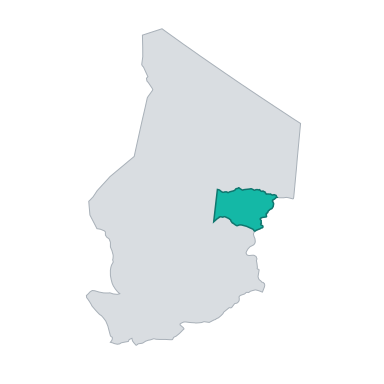 where Wadi Fira sits in Chad, rotated 6°
{"feature_id": "TCD-1473", "entity_name": "Wadi Fira", "entity_type": "Prefecture", "adm_level": 1, "iso_a3": "TCD", "parent_name": "Chad", "parent_adm1": "", "projection": "orthographic", "projection_center": [21.824, 14.959], "detail": "fine", "context": "in_parent", "style": "filled", "palette": "teal", "viewbox_px": 384, "rotation_deg": 6, "n_neighbors": 0, "source": "natural_earth", "source_scale": "10m", "svg_char_len": 6644}
<svg xmlns="http://www.w3.org/2000/svg" viewBox="0 0 384 384"><g transform="rotate(6 192 192)"><path d="M292.8,112.5L292.9,121.4L293.0,130.3L293.1,139.2L293.2,148.2L293.4,157.1L293.5,166.0L293.6,174.9L293.7,183.8L293.7,186.8L293.5,188.0L293.4,188.1L293.0,188.3L288.4,187.6L286.4,187.5L283.6,188.2L279.5,188.6L276.8,188.5L275.0,190.0L273.5,191.9L274.2,196.3L274.1,197.8L273.5,199.3L272.3,200.6L271.0,201.7L270.3,202.6L269.3,204.6L268.7,205.6L268.7,206.8L268.5,208.1L267.8,208.8L265.8,209.3L264.6,209.9L263.6,210.9L262.9,211.6L263.3,212.5L263.8,213.8L264.0,215.8L264.2,216.9L265.2,217.9L265.8,218.5L266.0,219.4L265.4,220.1L263.1,221.5L262.1,222.0L261.0,222.8L260.6,223.0L258.9,224.4L258.0,225.6L257.6,226.6L257.6,228.0L258.5,230.1L259.5,231.9L259.8,233.2L260.1,234.7L260.0,236.0L259.5,237.2L258.6,238.3L255.4,240.4L253.7,242.6L252.5,245.3L252.1,246.8L252.5,247.8L253.2,248.7L254.1,249.1L255.6,249.2L257.9,248.7L260.1,248.4L262.4,249.4L263.6,251.7L263.2,253.4L264.1,256.4L264.9,260.0L264.8,261.3L265.1,261.7L266.6,262.0L266.9,262.8L266.5,269.2L267.2,271.0L268.1,272.3L269.2,272.9L270.4,273.8L270.9,274.4L272.2,274.5L273.7,275.7L274.1,277.2L274.0,278.7L273.1,282.0L272.5,284.2L271.6,284.0L269.9,283.5L267.8,283.0L265.3,282.7L262.8,283.6L260.2,284.7L259.4,285.6L258.6,286.1L257.5,286.0L256.4,286.2L255.8,287.0L254.9,287.9L251.1,289.7L250.3,290.4L249.8,291.1L249.8,291.8L250.2,293.4L250.2,295.3L249.3,296.8L248.3,297.8L247.2,298.2L246.3,298.4L245.7,299.1L243.7,302.5L242.8,303.2L241.1,303.1L236.0,308.3L235.5,309.8L233.7,312.0L231.4,314.4L229.3,315.5L229.1,316.0L228.6,316.4L227.3,316.9L222.8,319.9L217.5,319.7L215.2,320.8L212.9,321.3L209.5,321.9L208.5,321.8L204.2,322.0L199.2,321.9L197.3,322.2L195.4,323.3L194.1,324.3L193.9,324.6L194.1,325.0L194.0,325.4L197.5,327.8L198.4,329.0L197.5,330.1L197.1,330.3L196.5,331.3L194.4,333.9L191.2,337.1L189.6,338.0L188.9,338.6L188.1,340.7L187.5,341.0L185.4,341.2L181.1,341.4L175.2,342.0L171.6,342.2L169.4,341.9L166.3,343.3L165.2,343.7L164.5,343.8L161.5,345.2L158.9,347.3L158.0,347.7L154.4,348.6L152.9,350.1L152.3,350.2L150.0,348.1L148.4,346.3L147.7,344.4L147.6,343.8L147.2,343.9L145.9,344.7L144.8,345.6L144.3,347.3L140.5,348.4L137.4,349.4L135.9,350.6L133.7,351.2L130.8,350.9L128.6,350.3L126.5,350.0L127.5,348.5L128.0,347.3L128.1,345.8L127.9,344.8L126.7,344.3L125.9,343.5L124.1,338.8L122.3,334.0L119.7,329.3L116.8,326.2L114.7,324.3L114.1,324.1L113.0,323.5L112.2,322.9L108.4,319.6L104.5,315.9L103.5,314.3L101.6,311.8L99.4,309.2L98.3,308.1L97.8,306.0L99.4,304.2L101.1,301.9L103.1,300.4L105.7,300.4L110.0,301.2L114.7,301.6L119.3,301.2L120.5,300.9L121.7,301.0L124.2,301.6L128.5,301.6L130.8,300.7L128.4,299.0L125.8,296.4L123.5,293.5L122.1,291.0L120.8,287.6L119.6,283.6L119.0,278.3L119.2,275.3L119.6,273.2L121.0,269.8L120.2,267.8L120.4,266.1L120.3,263.7L120.0,262.5L118.4,258.4L118.1,258.0L116.6,255.1L116.1,250.5L114.5,247.3L111.9,245.8L110.4,243.9L110.0,240.7L108.9,239.8L104.8,238.6L101.3,238.4L98.9,234.7L95.8,230.0L92.9,225.6L91.2,216.9L90.3,212.0L91.6,210.5L94.2,207.1L97.6,200.5L105.1,190.4L108.9,185.2L116.4,177.5L125.6,168.0L130.8,162.7L131.9,152.7L133.1,142.2L134.0,134.2L135.1,124.8L136.1,116.9L136.8,111.1L137.7,103.0L138.4,101.5L142.0,95.2L142.3,94.3L141.7,93.2L137.1,87.7L135.6,86.4L134.8,83.6L136.1,82.0L130.7,72.8L129.3,71.6L128.7,70.5L128.7,68.9L128.9,62.6L127.8,52.7L126.3,41.2L133.2,38.1L138.4,35.8L145.1,32.8L151.0,36.2L159.6,41.1L168.2,46.0L176.9,50.8L185.6,55.7L194.4,60.5L203.2,65.3L212.0,70.1L220.9,74.9L229.8,79.7L238.7,84.4L247.6,89.1L256.6,93.8L265.6,98.5L274.7,103.2L283.7,107.9L292.8,112.5Z" fill="#d9dde1" stroke="#a8b0b8" stroke-width="1"/><path d="M277.1,188.4L276.6,188.5L276.1,188.8L274.9,190.3L273.4,191.3L273.0,191.7L272.9,192.4L273.0,192.9L273.3,193.4L273.7,193.9L274.2,194.5L274.4,195.1L274.4,195.8L274.2,198.1L274.0,198.5L273.2,200.1L273.0,200.3L272.4,200.6L271.9,200.8L271.5,201.1L269.8,203.0L269.6,203.4L269.5,203.9L269.5,204.3L269.4,204.6L269.0,205.0L268.3,205.4L268.1,205.8L268.1,206.3L268.3,207.4L268.4,207.7L268.7,208.4L268.7,208.5L268.6,208.8L268.4,209.0L264.5,210.0L263.7,210.4L262.9,211.0L262.6,211.7L263.0,212.5L263.6,212.9L263.8,213.2L264.0,215.4L264.1,215.5L264.3,215.7L264.3,215.8L264.2,215.9L263.9,216.1L263.6,216.5L263.7,216.9L263.9,217.3L264.1,217.6L264.4,217.8L265.5,218.0L265.8,218.2L266.0,218.6L266.2,219.2L266.1,219.8L265.8,220.2L265.4,220.3L264.9,220.4L264.4,220.7L263.7,221.4L263.3,221.6L260.3,223.1L259.7,223.5L259.2,224.0L258.5,224.3L258.2,224.3L258.0,224.2L257.7,224.0L257.3,223.3L257.2,223.2L256.4,222.6L249.8,220.4L244.6,219.6L244.3,219.6L243.1,219.7L242.6,219.8L241.7,220.2L241.5,220.3L241.2,220.5L240.6,220.7L240.4,220.8L240.0,220.8L239.4,220.6L237.5,219.6L236.1,218.7L235.9,218.6L235.7,218.7L235.4,218.6L234.2,217.3L233.7,216.7L233.3,215.7L233.2,215.5L232.6,215.3L232.4,215.2L232.2,215.1L232.0,214.8L231.9,214.7L231.4,214.6L231.1,214.4L227.6,213.2L227.3,213.1L226.4,213.2L226.3,213.3L226.2,213.3L225.3,213.8L225.2,213.8L224.8,213.8L224.2,213.6L223.8,213.7L223.7,213.7L223.4,213.7L223.1,213.6L222.6,213.6L222.3,213.7L222.2,213.9L222.1,214.1L221.9,214.3L221.4,214.4L221.4,214.5L221.2,214.9L220.9,215.1L219.8,216.0L216.7,219.4L217.0,186.8L218.5,187.0L219.2,187.2L219.5,187.4L220.5,188.1L222.3,189.0L222.6,189.1L222.8,189.1L223.8,188.9L224.5,188.5L226.3,188.3L226.6,188.3L226.7,188.5L227.1,188.6L227.5,188.8L227.9,188.8L228.3,188.7L228.5,188.6L229.0,188.2L229.7,187.8L233.0,186.6L234.3,185.8L234.5,185.5L234.8,185.2L235.1,184.5L235.3,184.3L235.5,184.2L235.8,184.0L236.9,183.7L237.3,183.5L237.7,183.1L238.0,182.9L238.4,183.0L239.8,183.9L241.9,184.8L242.1,184.8L242.3,184.8L243.5,184.2L248.6,183.1L249.6,182.8L250.3,182.6L250.5,182.6L250.8,182.6L252.5,183.2L253.4,183.6L253.7,183.7L253.9,183.7L254.0,183.7L254.9,183.3L255.3,183.0L255.9,182.9L256.7,182.8L257.3,182.8L257.8,182.9L258.3,183.0L258.5,183.0L258.7,182.7L258.8,182.6L259.0,182.6L259.5,183.2L260.3,183.8L260.5,183.9L260.7,184.0L260.9,184.0L261.2,184.1L261.4,184.1L261.5,184.0L261.9,183.9L262.0,183.9L262.2,183.7L262.4,183.6L262.5,183.6L262.8,183.7L263.0,183.8L263.1,184.0L263.6,184.1L263.8,184.1L264.6,184.4L264.6,184.5L264.8,184.9L264.9,185.0L265.0,185.2L265.2,185.3L265.3,185.3L265.5,185.6L265.6,185.8L265.8,185.9L265.8,186.0L266.0,186.3L266.3,186.4L266.5,186.3L266.8,186.2L267.1,186.1L267.7,186.1L268.4,186.0L268.8,186.0L269.4,186.0L269.5,186.0L269.9,185.9L270.1,185.8L270.3,185.8L270.5,185.9L270.9,186.2L271.0,186.2L271.1,186.3L271.6,186.3L271.8,186.4L271.9,186.5L272.2,186.6L272.4,186.6L272.5,186.6L273.1,186.4L273.5,186.2L273.9,186.1L274.1,186.1L274.3,186.1L274.7,186.2L275.9,186.7L276.0,186.7L276.0,186.8L277.0,188.3L277.1,188.4Z" fill="#14b8a6" stroke="#0f766e" stroke-width="1.5"/></g></svg>